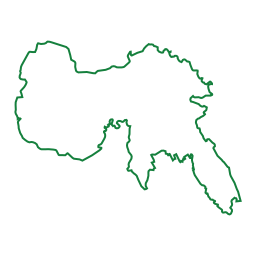 Nghi Loc, Nghệ An, Vietnam (Mercator projection)
{"feature_id": "81297802B50427055609681", "entity_name": "Nghi Loc", "entity_type": "district", "adm_level": 2, "iso_a3": "VNM", "parent_name": "Vietnam", "parent_adm1": "Nghệ An", "projection": "mercator", "projection_center": [105.64, 18.794], "detail": "fine", "context": "isolated", "style": "outline", "palette": "green", "viewbox_px": 256, "rotation_deg": 0, "n_neighbors": 0, "source": "geoboundaries", "source_scale": "gbopen_adm2", "svg_char_len": 5830}
<svg xmlns="http://www.w3.org/2000/svg" viewBox="0 0 256 256"><path d="M210.6,95.6L210.8,95.1L211.4,95.2L212.1,94.9L212.2,94.3L212.0,93.9L209.8,92.3L209.5,91.8L208.5,88.7L208.2,86.9L208.2,85.9L208.4,85.4L208.9,84.6L211.2,84.0L212.0,84.1L212.0,83.4L211.6,83.2L210.9,82.1L210.5,81.7L209.8,81.7L206.5,84.3L205.0,83.9L204.4,83.4L204.1,82.6L202.7,82.3L201.7,81.1L201.7,80.5L202.0,79.0L202.4,78.6L202.4,78.2L201.4,78.1L200.5,78.6L200.1,78.6L199.5,78.3L198.3,76.6L197.3,74.0L197.7,71.2L197.6,70.6L196.5,70.4L193.8,70.5L193.0,70.3L192.6,70.0L192.0,69.1L190.3,64.7L189.6,62.1L188.6,61.6L187.2,61.5L185.4,59.9L184.8,59.5L184.1,59.4L182.9,59.9L181.7,61.9L181.4,62.1L180.9,61.8L179.7,61.3L178.8,60.4L177.7,58.4L177.7,57.2L177.2,56.4L176.5,55.9L175.2,55.8L174.6,55.9L174.0,56.6L173.7,56.7L172.5,56.6L171.9,57.0L171.1,56.8L170.0,55.4L169.3,53.5L169.5,52.6L170.6,52.0L170.6,51.6L169.4,52.0L168.7,51.9L167.8,50.4L166.7,49.3L166.1,49.1L165.2,49.2L164.8,50.0L163.7,50.6L163.1,52.4L162.8,52.6L161.4,52.6L159.1,51.7L157.7,50.1L157.7,47.3L155.5,46.3L154.1,46.1L153.0,44.7L151.6,44.4L149.7,44.5L148.8,44.1L146.2,46.2L144.1,48.5L142.6,51.2L137.4,52.8L131.8,55.5L131.4,55.4L131.0,55.0L130.8,54.1L130.7,51.7L130.1,51.8L128.3,54.7L127.9,55.5L127.8,56.5L129.7,60.9L129.7,61.6L128.9,62.6L124.3,66.7L123.4,67.1L121.7,67.4L118.2,67.4L116.8,67.3L114.9,66.4L113.5,66.2L111.7,66.6L110.0,68.2L105.7,69.8L97.9,70.9L96.9,71.6L95.2,73.3L93.2,73.2L86.8,72.0L78.4,72.4L76.6,71.5L76.0,70.6L75.2,66.9L75.4,63.1L75.0,62.1L74.4,61.5L71.2,59.7L70.2,55.0L68.5,49.0L66.2,47.0L51.5,42.3L49.7,41.8L47.7,41.6L47.2,41.8L45.8,43.1L44.2,43.7L41.0,44.0L38.1,43.3L37.2,44.7L36.4,49.0L35.1,52.0L33.1,52.1L30.0,51.8L29.4,51.9L28.5,52.9L21.7,65.2L21.0,67.0L20.6,70.2L20.2,70.9L20.2,71.5L20.7,72.6L20.6,73.4L19.7,75.9L19.6,77.5L20.1,78.4L20.9,79.1L22.9,79.5L24.9,79.5L26.5,81.9L26.6,82.4L26.1,83.8L25.3,85.4L24.1,87.2L20.8,90.8L20.6,91.5L21.5,93.8L22.3,97.1L17.3,97.5L15.7,102.2L15.6,104.9L15.8,109.8L15.4,112.0L15.8,113.8L17.0,115.9L17.7,117.9L17.7,118.8L18.7,118.1L19.6,118.7L20.2,118.5L20.5,118.8L18.2,121.3L17.9,122.2L18.6,126.1L18.7,128.2L20.2,133.0L22.0,136.1L22.7,137.9L25.1,139.9L27.5,141.6L29.4,142.3L31.4,142.0L32.9,142.2L35.0,143.0L36.7,144.3L38.0,147.2L39.6,148.5L40.8,149.1L41.6,149.3L48.9,149.2L53.5,149.6L55.7,150.0L56.5,150.7L58.7,154.9L59.3,155.1L65.3,155.2L67.4,153.3L67.8,153.4L72.6,157.9L73.9,158.7L79.6,159.4L82.4,160.6L92.1,155.3L99.6,150.2L101.3,148.6L101.3,147.8L98.4,147.2L98.3,146.9L98.4,145.7L98.8,145.1L100.7,144.3L101.6,143.5L104.3,138.7L105.1,136.8L105.2,135.2L105.0,134.0L104.0,132.2L104.0,131.5L104.5,131.0L105.0,131.2L105.6,131.0L106.3,129.9L106.1,128.8L104.7,127.9L104.6,127.3L104.8,126.7L105.9,127.3L107.1,127.2L108.7,126.4L108.8,125.9L108.0,124.9L108.5,124.4L109.1,124.7L110.0,124.1L109.6,121.5L110.1,120.1L111.1,119.4L112.4,119.4L112.6,119.6L112.8,120.3L111.8,123.5L111.9,124.9L113.0,126.1L113.6,125.7L114.2,125.6L114.6,125.8L115.5,127.9L116.8,128.3L118.1,128.1L118.8,127.6L119.6,126.6L119.5,125.7L116.9,123.2L117.0,122.3L117.8,121.3L118.9,120.9L120.6,121.1L122.2,121.9L122.9,121.8L123.6,121.4L124.8,120.1L126.4,119.9L126.9,120.6L126.5,122.0L126.5,122.6L127.1,124.8L128.1,125.8L129.5,126.2L130.2,126.2L129.6,128.7L129.5,134.2L128.8,136.9L128.8,137.6L129.7,140.2L129.2,141.4L127.4,143.0L127.0,145.2L127.1,146.1L127.3,147.3L128.3,150.0L128.7,151.9L131.3,155.2L131.7,156.6L131.4,158.7L128.9,163.0L128.6,164.4L128.9,166.7L128.6,167.4L127.3,168.9L128.0,170.5L128.6,170.8L131.5,170.3L131.9,171.5L132.6,172.2L134.2,173.7L135.3,174.4L136.7,175.8L138.3,179.8L141.4,186.3L143.6,188.3L144.5,189.3L145.9,189.1L147.0,188.4L145.7,185.9L145.7,184.1L145.8,183.2L147.4,180.1L148.4,175.8L148.4,172.1L148.6,171.1L150.0,169.7L153.5,170.1L153.8,168.6L155.0,168.0L151.8,162.6L154.2,161.8L153.7,159.7L151.2,155.0L152.1,154.5L155.2,154.7L161.6,150.7L163.5,150.6L165.5,151.2L165.8,153.7L167.2,153.9L168.2,155.3L168.7,155.2L169.0,154.1L169.3,153.9L169.7,154.0L172.9,160.4L174.0,159.2L175.3,158.8L174.1,155.3L176.2,154.2L179.7,161.5L180.4,162.2L180.9,161.9L181.2,161.0L182.5,161.7L182.7,160.6L183.4,158.4L183.8,158.4L184.3,159.4L185.2,158.8L184.3,156.9L187.8,154.6L190.0,158.0L190.3,158.0L190.3,156.4L190.7,154.8L191.0,154.3L191.4,154.3L191.9,154.6L192.6,155.9L192.0,159.5L192.0,160.4L192.5,162.6L193.1,163.8L192.9,165.4L193.4,167.5L192.8,167.9L192.7,168.1L194.0,169.2L193.8,169.9L193.0,170.2L193.6,171.5L193.9,172.8L194.8,175.2L200.5,183.9L202.1,185.2L203.7,185.4L205.3,186.7L205.3,188.3L206.2,188.6L205.5,192.7L206.4,193.6L206.7,193.3L207.5,193.5L208.4,196.6L209.3,197.4L210.4,199.3L211.2,199.7L212.7,199.7L213.3,200.3L214.9,200.9L215.0,201.3L213.9,202.4L214.1,203.1L215.1,203.8L217.9,204.6L218.0,205.0L217.4,205.5L217.4,206.2L218.6,207.3L221.9,209.7L222.1,210.2L222.0,211.5L222.2,211.9L222.8,212.5L223.3,212.6L225.3,212.2L226.0,212.3L226.6,212.5L228.0,213.8L229.4,214.4L230.1,214.2L231.0,213.5L232.0,211.1L231.9,209.7L230.3,207.8L231.9,205.4L232.1,204.7L232.0,203.7L231.4,201.3L231.8,200.2L234.5,197.8L235.0,198.2L236.0,198.2L236.7,199.3L236.4,201.4L240.6,200.9L238.1,191.7L236.8,189.0L234.5,182.8L230.9,176.3L230.2,174.5L229.0,167.6L227.6,166.9L223.9,162.1L222.8,161.3L221.8,159.9L217.5,155.8L213.4,148.2L213.6,147.4L214.9,146.3L214.8,144.8L214.3,143.9L212.4,142.6L209.1,139.2L207.8,139.2L207.1,139.5L206.8,140.7L206.6,141.0L205.8,141.2L203.6,138.3L202.9,136.0L200.2,132.0L199.9,129.5L199.5,128.4L198.3,128.3L197.5,127.9L197.3,127.5L196.9,125.2L196.1,123.3L195.9,122.2L196.3,120.1L197.9,118.7L199.3,118.3L200.6,117.2L203.2,115.9L205.0,114.3L204.6,113.5L203.9,113.1L203.7,112.4L204.0,111.9L206.1,110.3L206.4,109.7L206.8,107.4L204.0,105.9L202.9,106.6L201.8,106.5L200.4,105.8L198.7,104.1L193.1,102.0L191.0,101.5L190.3,99.8L190.6,98.2L193.0,96.0L193.8,97.0L194.8,97.4L198.6,97.2L201.1,98.0L202.5,97.7L205.7,95.6L210.6,95.6Z" fill="none" stroke="#15803d" stroke-width="2"/></svg>